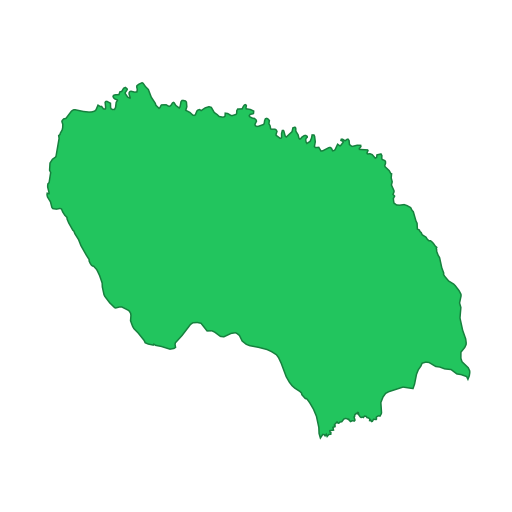 outline of Lakhonepheng, Saravan, Laos, rotated 350°
{"feature_id": "54806243B33951699195054", "entity_name": "Lakhonepheng", "entity_type": "district", "adm_level": 2, "iso_a3": "LAO", "parent_name": "Laos", "parent_adm1": "Saravan", "projection": "equal_earth", "projection_center": [105.622, 15.821], "detail": "fine", "context": "isolated", "style": "filled", "palette": "green", "viewbox_px": 512, "rotation_deg": 350, "n_neighbors": 0, "source": "geoboundaries", "source_scale": "gbopen_adm2", "svg_char_len": 6026}
<svg xmlns="http://www.w3.org/2000/svg" viewBox="0 0 512 512"><g transform="rotate(350 256 256)"><path d="M443.3,414.2L445.2,411.1L446.2,408.2L446.5,406.3L445.6,402.9L440.5,395.9L440.0,392.3L441.1,386.3L445.7,382.3L447.5,379.7L447.9,378.1L448.1,374.1L446.6,365.0L446.1,352.5L448.8,342.3L448.3,337.6L451.0,330.9L451.2,329.3L450.0,325.5L447.1,319.9L445.8,318.0L441.3,314.0L438.2,308.6L437.5,306.7L437.9,305.4L436.9,299.9L436.5,289.5L435.5,286.9L434.7,282.8L435.0,281.0L434.8,279.9L435.5,278.9L434.2,277.3L432.9,274.4L431.6,272.5L430.5,271.3L428.9,271.0L427.5,269.1L426.7,267.0L423.3,263.9L422.8,261.7L421.7,260.3L421.4,258.8L419.6,257.5L420.3,251.7L419.6,249.3L418.6,239.7L417.5,237.9L416.7,235.2L413.5,232.6L410.8,231.1L406.2,230.9L403.2,230.1L401.0,227.7L401.2,223.3L402.9,221.1L401.6,219.1L403.1,216.7L403.2,215.6L401.7,209.6L403.0,206.6L402.7,202.6L403.8,198.6L403.1,198.3L402.0,195.1L398.6,190.5L398.5,189.3L399.7,187.1L399.9,185.3L399.4,184.4L397.0,182.8L396.8,181.6L397.4,179.0L396.8,177.2L392.7,177.4L391.9,179.8L390.5,180.4L388.0,176.3L386.0,175.1L383.7,174.9L383.3,174.5L383.2,173.7L384.6,171.6L384.3,170.9L376.4,169.0L376.4,168.0L378.3,166.5L378.3,165.2L374.9,164.5L370.0,164.8L369.2,164.5L367.4,162.4L367.7,158.5L366.9,156.9L366.0,156.9L363.7,158.0L361.5,156.0L360.3,155.8L359.7,156.9L361.5,158.2L361.7,159.1L358.3,162.1L357.6,162.0L355.8,160.1L352.3,165.1L351.1,165.7L349.7,165.7L349.0,163.0L347.8,161.9L346.4,162.0L340.0,164.0L338.2,163.9L336.7,159.9L333.5,159.6L332.5,158.4L334.2,153.8L334.5,148.4L334.1,146.9L332.3,146.5L331.1,149.6L329.2,152.5L325.7,154.0L325.1,152.5L325.1,150.2L325.8,148.8L327.1,148.0L327.2,147.1L325.9,145.9L324.4,145.8L321.7,147.0L320.2,148.4L319.2,148.4L318.7,147.2L318.5,144.0L316.9,140.0L317.3,137.3L317.2,136.5L316.7,135.9L314.6,136.2L313.1,139.8L306.5,144.1L305.6,143.1L305.1,137.7L304.6,137.0L303.7,137.0L302.4,139.9L301.8,143.6L301.1,144.3L300.2,144.3L296.8,140.7L296.9,139.6L298.3,136.9L297.6,135.1L296.6,134.4L293.1,133.8L292.5,133.2L292.5,130.4L291.7,127.9L292.7,124.9L291.4,122.9L290.4,122.3L289.1,122.5L288.0,124.2L287.1,126.9L286.2,127.8L280.8,128.7L279.4,128.6L278.0,127.7L277.8,126.2L279.9,123.3L279.7,122.0L278.3,120.2L276.7,119.8L274.1,117.9L273.6,116.8L274.8,115.5L277.8,115.4L278.3,115.1L278.9,112.9L276.0,110.8L271.9,109.3L271.9,108.1L272.6,106.4L272.4,105.6L271.8,105.1L270.8,105.3L269.6,106.4L267.9,108.7L263.5,108.1L262.3,109.6L261.7,112.3L260.9,113.1L257.2,113.6L255.9,113.4L252.9,110.8L250.5,110.0L249.8,112.9L248.7,113.5L247.3,113.5L243.9,112.2L242.4,110.1L239.8,107.4L237.8,101.9L235.6,100.8L231.7,101.3L227.2,103.3L225.9,102.0L224.1,102.2L223.0,102.9L220.8,106.4L219.7,106.8L218.3,106.4L215.8,103.1L212.1,100.3L213.8,97.0L214.2,92.4L213.5,91.1L211.2,90.1L210.1,90.0L208.9,91.1L207.2,95.7L206.1,96.9L203.2,93.9L202.0,90.9L201.4,90.4L200.3,90.8L198.5,92.8L197.0,93.6L195.9,93.3L193.8,91.5L189.4,90.8L188.7,91.1L187.2,93.2L186.1,93.7L183.6,90.2L183.3,88.1L180.4,81.3L178.9,73.4L176.5,69.9L174.8,66.3L173.9,65.6L170.4,66.5L168.3,67.6L167.9,68.7L168.0,71.4L167.2,73.7L165.0,73.6L161.5,72.0L160.3,72.2L159.5,73.0L159.1,74.4L159.6,78.2L159.3,78.7L157.2,77.2L155.5,73.5L155.5,72.5L158.1,69.7L158.0,68.8L156.6,67.3L154.8,67.8L152.3,70.6L150.5,70.7L149.0,73.3L145.3,72.8L143.5,73.1L142.9,74.2L143.3,75.6L144.2,76.8L146.5,78.2L146.6,78.7L145.0,80.4L143.5,85.3L142.1,87.1L140.1,86.8L138.8,85.8L138.6,84.4L139.2,80.3L136.0,77.8L134.8,77.8L134.1,78.5L133.8,82.8L133.5,84.5L132.9,85.1L131.3,84.6L129.9,81.9L128.5,81.7L126.6,80.0L123.8,84.3L122.2,85.3L119.3,85.6L116.6,85.3L111.1,83.7L103.1,80.5L101.5,80.4L99.4,81.3L92.7,87.5L90.4,87.6L88.6,89.0L88.2,89.9L88.6,92.8L87.9,96.0L87.0,98.2L84.6,101.1L84.0,102.4L82.6,103.1L82.5,106.0L76.5,122.7L75.9,123.7L72.3,125.4L69.3,128.7L67.6,135.7L68.3,138.1L65.0,147.8L63.6,148.8L63.1,150.4L62.8,152.0L63.2,157.9L62.9,158.7L61.3,157.9L60.8,159.4L60.9,161.6L63.0,167.0L63.4,172.6L64.1,174.0L65.2,174.4L67.7,175.2L71.1,175.1L72.6,175.9L73.3,179.1L74.8,182.7L76.5,185.1L76.4,186.9L77.3,190.9L80.1,198.8L81.0,199.9L81.5,202.6L84.1,209.0L85.4,215.4L89.2,226.1L91.1,230.6L90.8,231.9L91.4,234.3L92.3,236.4L93.3,237.5L94.3,237.8L96.7,241.6L97.4,243.8L98.6,248.2L99.8,255.9L99.3,259.8L99.6,267.7L100.1,269.5L103.9,276.9L107.8,282.3L108.7,282.8L112.9,282.5L115.0,282.9L120.4,286.9L121.7,288.3L122.6,290.8L122.5,292.9L121.2,298.0L122.3,304.0L123.2,306.4L126.5,311.2L131.2,319.8L131.8,322.2L134.6,324.0L139.4,325.9L140.1,325.1L141.5,326.5L147.0,328.6L155.1,332.8L159.1,332.8L160.9,332.0L160.9,329.1L161.5,327.5L169.4,321.4L179.5,312.1L182.2,310.8L186.7,311.3L190.2,312.7L194.8,321.3L199.6,322.0L202.1,323.8L207.0,329.0L210.3,330.0L218.0,327.9L222.4,328.0L223.9,329.1L225.9,331.4L227.6,337.3L231.0,341.2L234.2,343.2L242.7,346.4L250.6,350.0L254.5,352.7L259.0,356.8L260.6,360.1L262.2,366.0L264.8,380.1L267.0,386.2L269.0,390.0L271.2,392.8L275.7,397.0L277.0,398.8L277.1,400.6L279.5,404.5L280.0,405.1L280.8,405.1L281.7,406.3L283.4,409.8L286.0,416.8L287.7,424.4L288.1,435.8L287.3,441.7L287.8,446.4L290.8,443.3L292.2,443.8L292.8,445.1L294.2,443.7L294.7,446.1L296.7,444.4L298.7,444.5L299.1,442.9L298.2,442.1L298.4,440.8L302.1,440.9L302.0,438.1L304.2,437.8L304.4,436.9L303.9,436.6L303.9,435.9L307.0,433.5L307.8,434.9L308.6,435.0L309.8,434.1L311.7,434.1L314.2,431.8L315.8,431.5L317.5,432.1L318.5,433.0L319.0,432.8L319.4,434.2L320.4,435.5L322.2,434.9L324.2,435.6L325.0,434.8L324.6,431.6L325.4,430.9L325.7,429.5L327.5,428.3L328.2,429.0L329.1,427.7L329.6,428.0L329.6,430.2L330.7,432.5L331.5,433.3L332.8,433.1L333.7,433.7L335.0,432.5L336.7,433.1L337.3,434.5L338.7,435.0L339.8,436.5L339.3,437.8L339.9,438.0L340.4,437.5L341.1,439.1L341.9,439.0L343.4,437.2L345.9,437.9L346.4,437.4L346.4,435.8L346.9,435.3L349.1,434.6L350.3,435.2L352.0,433.1L352.4,432.1L353.5,422.0L356.6,416.9L359.8,413.8L363.1,412.7L378.0,410.6L387.6,413.8L389.9,409.7L393.5,400.4L396.1,396.2L399.2,393.1L401.0,390.4L404.8,390.0L407.9,390.9L413.8,396.0L417.6,397.2L422.2,399.9L428.4,401.7L433.3,407.0L437.4,408.4L442.5,411.3L443.3,414.2Z" fill="#22c55e" stroke="#15803d" stroke-width="1.5"/></g></svg>